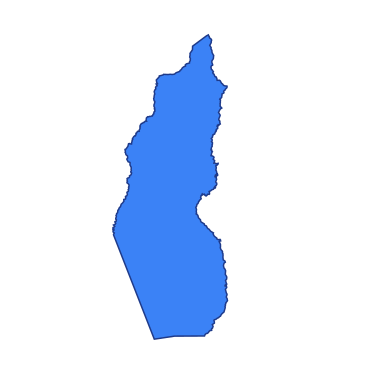 Mirador, Maranhão, Brazil, rotated 115°
{"feature_id": "56859067B34634545665479", "entity_name": "Mirador", "entity_type": "district", "adm_level": 2, "iso_a3": "BRA", "parent_name": "Brazil", "parent_adm1": "Maranhão", "projection": "robinson", "projection_center": [-45.153, -6.403], "detail": "fine", "context": "isolated", "style": "filled", "palette": "blue", "viewbox_px": 384, "rotation_deg": 115, "n_neighbors": 0, "source": "geoboundaries", "source_scale": "gbopen_adm2", "svg_char_len": 6079}
<svg xmlns="http://www.w3.org/2000/svg" viewBox="0 0 384 384"><g transform="rotate(115 192 192)"><path d="M268.9,118.3L266.1,120.6L263.8,120.2L263.3,120.5L262.9,121.2L263.2,122.3L262.5,122.6L261.4,122.0L261.6,121.5L260.7,121.6L260.5,122.1L257.9,124.3L256.6,123.8L255.1,124.2L254.1,124.8L252.6,127.0L249.1,128.3L247.8,129.8L247.5,130.7L245.6,132.3L243.7,132.8L242.7,132.8L241.6,132.1L240.7,132.9L240.3,135.0L237.9,136.5L236.5,137.0L234.7,138.0L234.3,138.8L233.4,139.0L232.8,139.5L232.0,141.4L230.6,142.8L229.9,142.9L227.4,144.1L225.5,146.4L224.9,146.0L224.4,146.1L224.2,145.4L223.5,145.8L223.1,146.5L224.1,147.9L224.0,149.7L223.3,150.1L222.8,152.5L222.3,153.7L221.4,154.7L220.9,155.3L220.0,155.3L219.7,158.5L218.5,160.9L218.5,162.0L218.0,163.1L216.7,164.6L216.8,166.3L216.6,166.8L215.7,167.4L215.3,171.1L214.7,171.9L213.6,172.6L212.6,175.3L210.8,176.7L210.5,177.2L210.1,179.0L209.4,178.8L207.7,180.0L206.0,180.5L204.2,182.1L203.3,181.8L201.0,182.3L200.4,181.9L199.2,181.7L197.8,182.0L197.4,181.7L196.1,181.6L194.7,180.9L194.1,180.9L193.3,181.9L192.5,181.9L192.0,182.2L191.3,182.2L190.6,181.5L190.0,181.9L189.4,181.9L189.7,181.2L189.2,180.5L189.3,179.9L188.8,179.8L189.1,179.0L189.6,178.6L189.7,178.0L189.4,177.3L188.7,177.2L188.2,176.9L187.5,177.0L186.9,175.5L186.3,175.3L184.9,176.1L184.3,176.7L183.1,175.6L181.7,175.0L180.4,173.7L178.8,173.7L178.9,173.0L178.5,172.6L177.9,172.7L177.9,173.6L176.4,173.3L176.1,172.8L174.4,172.8L173.4,173.5L173.4,174.1L172.8,174.8L169.9,175.1L169.5,175.7L168.2,176.3L168.0,177.0L168.5,177.4L168.1,177.8L166.7,177.9L166.6,177.0L166.8,176.3L166.2,175.8L165.6,175.9L165.4,176.5L164.7,176.8L165.0,177.4L163.9,177.8L162.5,178.9L162.3,179.5L159.6,180.3L158.3,181.5L157.2,180.7L155.7,180.2L155.0,180.4L156.4,182.6L156.0,183.5L156.5,184.3L154.0,184.7L153.3,186.7L151.5,186.6L151.0,187.0L150.7,188.4L151.0,190.1L149.1,190.4L148.5,190.7L146.9,190.6L146.9,191.2L145.7,191.7L145.8,192.6L143.0,193.2L142.0,193.0L140.5,193.9L140.0,193.7L138.5,194.4L138.2,195.6L137.3,195.4L136.2,195.7L135.3,197.2L133.9,196.6L133.2,196.7L132.8,197.1L131.7,196.9L131.3,197.2L130.6,196.8L130.0,196.0L127.7,196.2L127.1,195.8L126.7,196.2L126.0,195.9L125.2,196.4L124.6,196.3L124.0,195.7L123.3,195.6L122.3,196.3L121.9,196.9L121.5,196.5L121.1,196.9L120.9,196.3L120.2,195.9L119.8,196.5L119.5,195.9L118.4,195.1L117.2,196.2L116.0,196.7L115.2,198.3L114.5,198.6L111.0,198.8L110.4,199.0L108.7,201.6L105.6,201.5L104.4,201.2L103.3,200.5L102.3,202.9L101.4,203.1L99.9,204.0L99.4,203.9L98.0,204.6L97.2,204.8L96.5,205.2L96.3,206.0L95.4,206.0L95.1,205.5L93.6,205.1L92.1,205.7L91.5,205.7L90.6,206.3L88.8,205.0L88.3,205.1L87.8,205.7L87.2,205.8L86.4,205.7L86.0,205.2L84.7,205.2L82.9,204.5L81.9,204.6L81.2,205.1L81.9,206.9L82.0,208.5L81.2,209.9L80.9,211.3L79.3,213.4L79.1,214.3L80.2,216.4L78.7,217.4L77.5,218.7L77.7,219.7L77.5,220.2L75.9,221.9L75.8,222.8L75.1,223.6L74.0,223.4L72.8,225.4L72.8,226.1L72.2,226.7L71.5,226.9L71.2,227.5L70.8,227.7L69.2,227.7L68.5,226.9L67.8,227.1L66.4,228.6L64.9,229.4L62.2,229.0L59.0,230.1L58.6,230.9L57.1,232.8L55.2,233.9L54.2,235.3L53.0,235.7L51.6,237.9L48.6,237.7L47.4,238.2L46.0,238.4L45.3,239.3L44.9,241.2L43.7,242.2L43.4,242.9L42.7,243.6L44.4,244.9L59.6,253.1L62.9,251.7L67.2,252.4L68.5,251.7L70.7,251.1L71.8,249.8L72.5,249.7L73.0,249.3L73.8,249.1L74.9,249.3L76.2,248.8L78.2,251.2L79.6,251.8L80.6,251.1L81.9,252.3L83.5,253.2L85.5,253.4L86.8,254.1L88.0,254.2L90.6,256.8L92.6,257.7L93.9,259.7L94.5,261.5L95.6,263.2L97.4,267.5L98.0,267.6L99.2,268.9L100.6,270.7L101.5,270.4L105.6,271.7L107.6,270.3L108.4,269.1L109.3,270.1L109.6,269.2L110.4,268.5L110.8,269.0L112.5,269.3L113.9,268.4L115.2,268.8L117.0,268.7L119.0,267.1L119.6,267.2L121.3,266.8L122.3,266.3L123.4,266.3L125.3,264.9L125.4,264.3L125.9,263.8L128.2,263.3L129.1,263.3L130.4,262.7L131.3,261.6L132.0,261.1L132.6,261.3L133.0,260.5L134.7,259.8L135.2,260.2L135.8,260.2L137.4,259.7L138.0,260.1L139.8,260.0L140.1,260.7L140.9,261.2L141.3,262.3L142.3,263.3L142.5,264.0L144.2,264.6L146.4,263.9L147.0,263.2L147.3,264.0L147.8,264.4L149.3,264.9L149.5,265.5L150.6,265.9L150.9,266.4L152.0,267.0L153.7,267.1L154.4,267.0L154.8,266.4L155.4,266.5L156.5,265.9L158.6,266.0L159.3,265.5L160.1,267.0L162.1,267.2L162.5,267.6L162.8,267.2L165.0,267.0L165.1,267.6L166.5,268.2L168.9,268.5L169.5,267.9L170.4,268.2L170.9,267.8L172.8,267.6L174.0,267.1L174.5,268.3L174.5,269.2L175.1,269.9L177.7,269.4L181.0,270.0L181.7,270.7L182.2,270.5L182.7,269.9L183.4,269.5L184.3,269.4L184.6,268.8L185.8,267.9L186.2,267.4L186.5,265.8L188.4,264.6L189.3,265.0L190.0,264.8L191.6,262.6L191.4,261.0L191.7,260.4L193.0,260.0L193.9,259.4L195.3,257.6L196.4,257.0L197.2,256.8L198.2,256.0L199.4,256.1L200.0,255.7L200.2,254.8L202.1,254.5L203.8,255.5L204.6,255.0L205.2,255.0L205.8,255.3L206.7,256.3L207.5,256.5L208.2,255.8L209.2,255.6L209.9,254.9L210.6,255.1L211.2,254.7L211.4,253.5L212.0,252.3L213.1,251.6L214.5,251.6L214.8,251.1L216.0,250.7L216.7,250.9L217.4,250.3L218.4,250.0L219.6,250.8L220.1,250.7L221.3,249.6L221.7,249.5L223.3,249.6L223.7,250.2L224.2,250.4L224.8,250.1L225.2,249.6L226.5,249.3L227.6,250.7L229.2,249.8L231.4,250.3L233.0,251.0L235.7,250.6L236.2,251.0L237.5,251.3L239.1,251.0L239.8,251.5L242.2,250.7L243.4,251.2L244.6,250.8L245.3,251.0L246.3,250.1L247.9,250.0L248.8,249.7L249.0,248.9L250.4,248.4L250.9,248.6L251.4,249.3L252.0,249.0L252.6,247.9L253.5,247.9L255.1,249.2L255.7,247.5L256.8,247.8L257.3,248.4L257.8,248.5L258.1,247.6L258.5,247.3L258.5,248.1L259.1,248.1L259.5,247.7L259.3,247.1L259.7,246.7L260.3,247.2L261.0,247.0L261.7,246.4L262.0,245.1L263.6,245.2L264.1,244.9L341.3,164.0L330.0,146.9L317.2,119.8L315.7,119.9L314.9,119.6L314.0,119.0L313.6,118.3L312.3,117.7L311.5,117.7L310.1,117.2L309.7,116.9L309.6,116.3L309.0,115.7L307.8,116.4L307.2,116.3L306.8,115.9L304.9,116.1L303.6,117.6L301.4,116.3L300.3,116.8L299.2,117.8L298.4,117.8L297.4,116.6L295.6,115.7L294.7,114.8L293.2,114.3L292.5,113.7L290.9,113.7L289.4,113.3L287.3,112.3L282.8,113.0L281.6,113.8L281.0,113.6L279.8,114.3L279.0,114.1L278.4,114.5L275.5,113.9L273.7,115.2L273.0,116.3L272.1,116.7L270.4,116.8L269.7,117.2L268.9,118.3Z" fill="#3b82f6" stroke="#1e3a8a" stroke-width="1.5"/></g></svg>